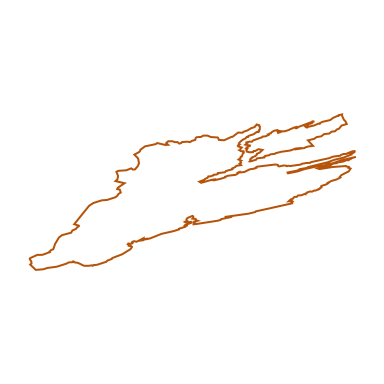 Leirfjord nor, Nordland, Norway, rotated 177°
{"feature_id": "86288312B95964377762384", "entity_name": "Leirfjord nor", "entity_type": "district", "adm_level": 2, "iso_a3": "NOR", "parent_name": "Norway", "parent_adm1": "Nordland", "projection": "natural_earth1", "projection_center": [13.007, 66.095], "detail": "fine", "context": "isolated", "style": "outline", "palette": "amber", "viewbox_px": 384, "rotation_deg": 177, "n_neighbors": 0, "source": "geoboundaries", "source_scale": "gbopen_adm2", "svg_char_len": 5989}
<svg xmlns="http://www.w3.org/2000/svg" viewBox="0 0 384 384"><g transform="rotate(177 192 192)"><path d="M295.5,183.6L311.3,166.0L307.2,164.5L306.7,164.2L306.9,163.6L308.5,162.8L309.9,161.2L313.5,159.8L314.8,157.7L324.1,155.7L327.3,153.5L331.5,147.2L333.5,142.1L335.7,141.4L337.4,140.0L337.1,139.4L344.6,137.1L349.9,137.3L357.1,134.4L357.5,134.0L357.4,133.1L356.2,131.3L356.0,129.0L357.4,128.0L352.1,122.4L344.7,122.6L340.4,123.7L330.8,124.5L320.9,127.1L319.0,128.1L314.6,128.2L314.5,128.8L313.9,128.9L312.7,127.8L309.6,127.2L303.8,124.0L299.3,123.7L295.9,124.0L295.0,123.5L294.4,124.1L290.6,124.3L281.2,126.8L280.1,127.9L275.5,129.4L275.1,130.2L264.9,133.5L256.5,138.1L254.8,140.3L255.3,141.0L257.9,141.6L257.6,142.3L258.9,143.1L258.3,143.9L256.2,143.4L254.7,143.7L254.0,144.2L254.6,144.9L254.1,145.4L252.3,145.9L250.0,145.2L242.7,148.5L242.9,147.5L244.5,146.3L243.2,146.4L240.7,147.7L239.4,147.7L239.5,147.3L236.1,147.9L224.6,151.8L212.4,153.9L206.2,155.5L207.7,155.8L199.8,157.8L201.8,157.6L198.0,159.1L200.6,159.3L200.2,159.7L194.7,161.1L194.4,161.6L195.1,161.6L193.8,162.3L197.8,161.9L198.8,162.1L198.6,162.4L200.8,162.1L200.5,162.3L200.8,162.5L198.5,163.5L198.9,163.9L199.0,165.0L197.9,166.3L193.1,168.0L192.6,168.1L192.0,167.4L192.0,166.3L192.9,165.4L190.0,164.9L189.5,164.6L189.5,163.6L188.0,163.0L191.1,162.4L190.7,161.8L192.1,161.1L192.2,159.7L188.4,159.9L167.7,162.0L164.7,162.7L164.3,163.4L153.2,165.1L160.6,165.2L160.0,165.4L136.7,167.4L129.8,168.7L129.4,169.3L91.7,175.6L93.3,175.8L93.3,176.3L91.9,177.1L92.5,177.8L95.9,177.7L93.8,179.4L91.3,180.2L90.8,181.2L89.5,181.8L87.8,181.6L86.2,183.0L83.0,183.0L79.6,184.2L78.9,183.9L78.9,184.4L77.5,184.8L77.4,185.4L73.9,186.4L72.3,186.0L69.8,187.1L68.9,186.9L65.6,187.9L65.9,188.1L62.4,189.9L62.7,191.0L61.7,191.5L57.6,192.5L56.3,193.2L56.7,193.4L56.3,193.9L52.0,195.8L47.1,196.9L43.7,198.4L43.1,198.7L43.7,199.3L41.9,201.1L34.4,204.4L32.4,207.1L34.4,207.9L33.9,208.6L33.5,208.2L33.8,208.7L37.1,209.6L36.1,209.9L50.4,209.6L63.5,208.2L65.2,208.9L54.2,210.6L52.8,211.3L53.8,211.4L51.9,212.1L51.9,212.5L50.4,212.9L45.7,213.3L44.5,214.1L42.8,214.0L41.1,214.7L40.8,214.3L39.1,214.6L35.9,215.7L33.1,215.5L34.2,215.9L32.0,216.6L32.2,217.1L26.5,218.5L41.4,215.8L50.4,213.2L53.0,213.1L58.9,211.6L67.5,210.8L78.2,209.0L85.6,207.0L96.0,205.5L95.5,205.7L95.6,206.5L87.4,207.6L82.7,208.7L83.0,209.2L76.5,210.0L74.8,210.8L55.0,214.6L48.1,216.7L38.9,218.4L29.9,221.4L30.9,221.5L27.0,223.8L30.4,223.4L26.6,224.4L29.8,224.2L33.6,222.9L33.0,222.7L36.4,221.9L38.8,222.0L41.5,221.1L42.0,220.5L49.5,219.9L53.3,218.6L71.6,215.6L72.6,214.9L76.4,215.0L80.8,214.4L82.0,213.7L92.5,212.8L94.3,213.2L96.0,212.8L96.8,213.4L99.0,213.7L103.5,213.0L104.5,213.3L104.9,214.6L107.4,215.1L125.6,213.9L127.0,213.1L126.7,212.7L128.5,212.1L133.2,211.6L138.8,209.2L143.3,209.0L143.3,209.6L144.5,209.2L145.6,208.7L145.3,208.1L146.4,207.3L148.1,206.8L154.9,206.4L158.1,205.5L158.0,204.9L162.7,203.7L169.4,202.5L170.9,202.8L170.2,203.3L171.4,203.2L182.4,200.7L184.1,201.9L179.0,203.6L178.5,204.2L175.6,205.5L174.9,206.7L173.2,206.6L169.7,207.5L169.5,208.1L166.5,208.2L165.0,208.9L165.1,209.5L158.1,210.0L156.9,211.2L150.5,212.6L150.7,213.4L147.4,214.7L146.4,215.8L141.7,216.3L142.8,217.6L142.1,217.7L142.1,219.0L141.6,219.0L142.1,220.4L141.3,220.8L143.8,222.0L141.7,223.5L141.5,224.7L140.5,224.8L138.7,228.7L138.2,228.7L138.2,229.6L138.3,230.0L140.7,230.1L142.4,231.2L141.7,231.4L141.6,232.2L140.0,233.8L143.5,235.1L143.8,235.6L142.7,236.4L143.2,236.4L143.0,237.2L142.1,237.6L142.3,238.6L140.8,240.0L137.7,242.0L135.8,242.7L134.5,244.1L133.2,244.0L132.8,245.0L127.4,246.5L124.2,248.5L122.5,248.4L122.4,249.1L121.8,249.3L121.7,250.5L121.1,250.7L120.8,253.7L121.4,254.2L121.3,255.1L123.9,256.0L124.2,255.2L125.2,254.8L126.0,253.6L129.6,252.6L133.4,250.6L137.3,249.5L138.4,248.6L142.9,248.9L148.6,245.0L149.7,245.0L157.2,242.0L162.4,242.6L163.1,244.7L163.5,245.1L170.3,245.9L173.6,247.5L177.8,247.7L180.2,246.5L184.3,246.5L185.5,245.8L186.0,243.9L189.3,243.1L191.4,241.9L194.0,242.5L199.3,242.4L200.4,241.4L202.2,241.0L203.9,242.6L206.6,242.7L208.8,243.7L213.1,243.9L215.2,242.2L213.4,240.4L216.3,240.4L224.2,242.7L225.8,241.7L236.6,240.0L241.3,236.9L241.8,235.5L242.5,234.8L247.6,232.3L244.1,228.4L243.4,223.4L244.9,220.5L247.8,217.5L249.9,217.5L251.4,218.8L256.6,217.1L264.5,217.0L266.4,216.1L265.0,211.9L265.8,208.6L267.8,206.9L258.9,204.3L265.8,200.2L266.5,198.8L264.0,198.2L263.2,195.2L265.5,193.9L267.0,191.9L269.0,190.7L277.3,188.5L282.5,188.4L291.0,186.2L295.5,183.6ZM38.1,261.6L41.5,261.1L41.7,260.3L43.2,260.2L47.3,258.6L50.2,256.6L57.8,255.3L60.5,254.2L60.9,253.4L62.2,253.7L66.3,252.1L72.7,251.0L73.4,250.4L74.5,250.5L75.4,251.4L74.0,251.7L71.9,253.7L68.7,254.4L67.6,255.7L66.1,256.1L68.1,256.2L68.6,255.7L82.3,251.4L83.7,250.4L84.9,250.2L85.2,250.5L84.7,250.4L84.5,251.5L85.0,251.4L90.7,249.6L91.6,249.0L96.0,247.8L98.3,247.9L102.9,246.5L103.3,247.6L101.0,248.3L103.6,248.9L103.6,249.3L106.8,248.9L109.7,247.3L110.1,246.5L111.9,246.2L112.3,245.4L112.8,245.4L112.5,245.0L115.5,243.8L118.7,243.6L119.2,243.0L128.2,240.3L129.6,239.1L131.9,239.3L134.9,238.7L134.6,238.2L135.1,238.2L135.0,237.4L136.2,236.5L131.7,235.4L131.9,234.8L133.6,234.8L133.1,234.7L134.5,233.6L135.3,233.6L135.3,232.9L133.5,233.1L135.0,232.4L135.0,232.0L135.5,232.0L135.2,231.6L135.7,231.5L135.2,231.5L135.5,230.8L135.2,229.5L132.7,228.7L129.2,228.6L129.3,229.0L128.1,229.7L126.8,229.6L123.4,231.3L119.4,230.3L122.4,227.8L125.2,226.7L125.3,225.9L127.0,224.5L130.7,223.2L130.7,222.5L132.2,221.6L131.9,220.5L132.7,219.6L131.9,219.5L126.3,220.9L125.3,222.2L117.9,222.7L117.7,223.1L118.0,223.4L117.0,224.2L113.0,224.7L111.8,225.5L107.1,225.8L106.4,226.4L100.7,227.5L91.7,228.3L86.1,230.0L83.1,230.1L84.1,229.4L77.1,230.1L76.6,230.6L73.4,231.4L68.7,231.7L73.5,237.5L67.2,238.7L64.7,240.3L60.1,240.8L57.0,242.9L51.9,243.2L49.5,244.9L45.9,245.2L44.2,246.8L41.9,247.5L39.2,250.5L33.9,251.8L35.0,254.5L36.5,256.2L37.5,258.5L38.3,260.9L38.1,261.6Z" fill="none" stroke="#b45309" stroke-width="2"/></g></svg>